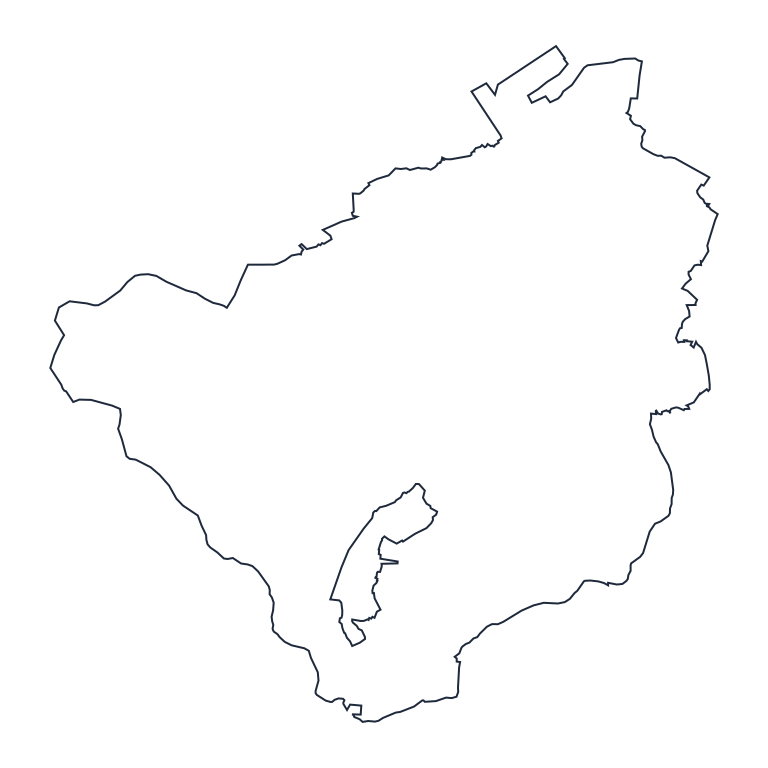 Tusnad, Harghita, Romania (Equal Earth projection)
{"feature_id": "2599482B98397413805718", "entity_name": "Tusnad", "entity_type": "district", "adm_level": 2, "iso_a3": "ROU", "parent_name": "Romania", "parent_adm1": "Harghita", "projection": "equal_earth", "projection_center": [25.878, 46.177], "detail": "fine", "context": "isolated", "style": "outline", "palette": "slate", "viewbox_px": 768, "rotation_deg": 0, "n_neighbors": 0, "source": "geoboundaries", "source_scale": "gbopen_adm2", "svg_char_len": 6082}
<svg xmlns="http://www.w3.org/2000/svg" viewBox="0 0 768 768"><path d="M456.5,696.7L458.2,692.0L458.0,687.8L459.1,667.5L460.1,662.0L456.7,661.6L456.7,658.5L454.7,656.8L459.3,653.3L461.6,647.5L462.4,646.6L465.8,644.0L469.4,642.6L473.4,638.5L477.3,637.1L479.9,633.6L486.9,626.7L492.0,624.1L497.9,624.2L503.3,621.8L521.6,610.6L533.5,605.4L543.8,602.8L557.9,603.5L564.8,602.1L569.8,598.9L574.6,593.0L577.3,590.8L584.0,581.2L584.9,580.8L590.2,580.5L598.2,581.4L603.9,583.0L608.1,585.3L608.1,582.8L616.7,584.5L620.1,584.2L622.5,583.9L626.4,580.9L627.8,579.0L628.4,575.0L630.6,570.9L630.6,565.2L631.1,563.4L640.2,556.8L643.1,553.0L649.7,531.6L655.0,523.7L660.5,521.5L668.5,515.8L669.9,513.2L670.0,508.5L671.6,504.1L671.7,497.9L672.9,494.6L673.2,490.0L670.9,472.4L668.4,465.0L660.7,451.5L657.8,444.3L656.1,442.3L653.6,436.7L652.0,429.9L649.9,424.2L651.2,418.7L651.0,413.6L656.1,414.1L655.8,410.9L656.3,410.6L658.1,413.6L660.8,414.4L661.7,414.2L662.0,411.9L666.5,410.3L667.4,411.2L668.7,411.1L670.4,413.3L669.7,411.1L671.3,408.8L675.9,407.4L678.2,407.7L683.8,410.2L684.5,409.0L689.2,408.9L688.3,406.5L686.6,405.4L693.8,402.4L699.8,393.6L700.1,394.2L706.8,389.2L708.3,391.0L709.7,389.3L709.7,384.8L708.8,375.6L706.9,364.6L705.0,355.1L701.5,347.8L697.2,344.1L696.0,341.8L693.7,347.5L690.6,345.0L692.2,341.7L686.7,341.2L686.9,340.4L684.9,340.2L683.8,340.3L684.2,341.9L680.7,341.8L678.2,342.5L676.0,338.0L679.1,329.6L680.1,328.2L681.7,328.0L682.0,323.9L682.8,321.7L685.2,319.1L689.6,316.5L689.1,311.0L686.7,305.1L695.6,305.0L695.5,303.2L697.1,299.8L687.7,290.9L682.0,288.5L685.7,283.6L690.9,279.2L688.6,274.5L688.6,271.8L690.7,271.0L694.5,265.4L697.8,264.7L701.1,265.1L700.8,261.1L702.2,261.6L708.4,251.2L707.3,245.6L715.1,220.2L717.7,214.1L710.6,209.3L709.3,207.3L706.9,206.2L706.9,205.5L708.6,205.0L709.2,204.0L706.1,203.8L704.7,202.9L703.2,199.5L700.2,197.3L697.4,193.2L697.1,190.7L701.3,184.6L703.7,185.6L709.4,177.4L674.9,158.2L670.3,157.3L664.5,157.7L661.2,155.7L657.6,155.8L653.3,154.1L643.0,148.3L641.7,146.8L641.2,143.8L642.4,140.2L642.1,136.7L645.0,131.1L644.9,130.0L643.3,129.3L640.2,126.1L636.0,125.2L633.4,123.7L630.1,119.2L630.9,115.8L626.5,113.0L627.9,111.9L629.2,108.4L630.8,98.4L637.2,98.5L639.6,75.3L641.9,61.4L638.3,60.5L635.2,58.5L624.5,58.9L618.9,59.9L613.1,62.2L587.5,65.3L584.0,67.8L572.0,84.9L563.2,91.5L561.2,95.3L558.2,98.5L550.1,102.3L545.6,96.3L531.8,102.8L528.0,95.6L537.9,89.3L547.2,81.8L559.1,74.3L567.7,63.9L563.9,58.9L564.8,58.2L564.5,57.8L556.0,46.1L497.9,84.6L495.0,94.8L486.3,83.3L471.5,91.5L500.6,135.5L501.6,138.4L497.9,140.9L498.7,142.7L494.7,145.1L494.3,146.5L493.6,146.6L492.5,145.7L490.8,146.1L487.6,144.0L486.2,146.4L484.8,147.3L482.0,145.0L480.3,146.9L475.9,148.1L474.1,150.3L474.4,151.5L473.0,151.6L471.3,153.0L471.4,154.8L469.9,155.9L450.8,159.3L445.8,159.2L442.2,157.5L442.0,158.3L443.2,159.8L441.7,159.7L441.1,161.8L440.1,162.1L440.2,162.9L437.5,163.6L437.1,165.0L434.9,167.2L430.7,169.7L426.7,168.4L421.0,168.5L418.4,167.7L409.9,170.0L406.4,168.3L400.9,169.0L395.5,168.4L388.7,175.4L377.2,178.9L368.4,183.1L369.4,185.2L364.5,189.0L363.8,190.4L360.4,193.3L359.1,193.8L352.8,193.5L353.7,210.2L353.6,211.8L351.9,212.8L352.8,215.8L357.1,216.7L354.4,218.1L341.6,221.6L322.8,229.9L330.4,235.7L331.6,239.2L324.0,243.8L322.1,243.1L320.4,245.2L318.5,244.4L316.6,246.6L306.8,249.1L301.6,244.1L299.4,245.7L303.3,249.6L301.6,251.6L301.0,254.5L299.1,254.1L291.6,255.5L285.0,260.3L277.3,263.8L274.0,264.6L247.9,264.7L240.7,280.4L234.7,295.3L226.8,307.8L223.8,305.8L219.4,304.3L213.2,302.9L204.7,298.6L196.6,293.2L186.1,290.4L166.5,281.8L156.3,275.9L148.2,274.2L140.5,274.6L135.0,275.8L127.4,282.0L120.3,290.5L105.2,301.5L98.3,305.2L94.1,305.3L86.8,303.4L69.6,301.3L58.9,307.5L54.9,320.6L64.1,335.2L61.0,340.4L54.3,355.0L50.3,368.0L61.3,384.7L62.6,388.4L64.3,390.7L66.1,391.3L73.2,402.0L79.4,399.6L91.1,399.9L112.1,405.6L120.0,408.9L120.8,415.1L119.5,424.6L118.1,428.7L121.9,439.3L126.5,456.3L129.7,458.8L135.6,459.6L150.6,467.2L159.6,474.9L169.1,485.6L176.4,498.7L183.0,505.6L197.8,515.5L201.7,525.9L206.1,535.1L206.4,539.9L207.6,544.4L210.3,547.5L217.3,552.4L223.9,558.5L227.6,559.0L232.8,558.0L241.1,563.5L247.9,564.5L252.4,566.1L258.1,571.4L268.8,586.4L269.8,590.2L269.6,594.2L271.9,597.5L273.7,602.7L273.1,610.4L271.6,616.7L272.2,621.4L273.3,624.9L272.6,628.5L272.9,630.0L274.0,631.8L277.4,634.1L279.7,637.2L284.8,641.9L291.6,645.3L304.4,648.3L308.8,650.8L310.9,657.8L317.8,672.3L318.5,680.6L315.6,691.0L315.6,693.1L316.8,694.9L325.7,700.6L330.7,702.0L332.1,701.9L334.6,699.8L338.6,698.4L343.0,698.8L344.4,700.2L343.3,702.7L343.4,703.9L347.0,710.0L350.1,704.6L361.3,705.6L360.7,714.6L352.1,714.3L353.5,715.0L354.3,717.0L359.6,719.2L362.6,721.9L368.2,721.0L374.9,721.6L378.5,720.8L383.0,717.9L395.7,712.6L400.3,711.9L414.1,706.5L422.3,700.4L423.5,700.4L424.8,701.8L435.9,701.1L446.1,697.6L451.7,698.1L456.5,696.7ZM415.9,483.9L419.0,484.1L424.8,490.6L423.0,497.8L426.5,503.7L430.3,505.9L430.7,508.2L437.1,511.6L436.2,514.6L432.7,517.2L433.0,520.0L431.3,523.1L426.5,528.1L415.0,533.8L403.0,541.6L402.1,540.5L396.7,543.6L388.6,539.4L384.4,536.4L382.0,538.8L382.1,540.3L380.9,542.2L378.6,549.6L379.2,549.9L378.8,554.1L380.6,554.8L380.4,558.7L397.7,561.5L397.5,563.4L381.5,563.8L381.8,566.1L380.1,571.9L377.8,571.8L377.0,572.8L376.5,576.9L375.7,577.0L375.4,577.9L377.5,578.9L376.9,580.7L377.4,580.9L376.4,583.0L373.6,585.6L372.3,590.8L372.6,593.2L373.9,593.0L374.6,598.3L380.5,609.7L376.9,611.7L374.5,617.8L372.4,616.8L371.3,618.6L369.3,617.9L368.6,619.9L367.8,619.3L363.8,620.9L360.9,621.0L352.2,619.5L352.1,621.0L353.0,622.7L356.8,625.9L358.5,628.9L361.8,630.4L364.9,636.9L365.0,639.0L359.8,642.7L352.2,646.0L350.1,641.4L346.9,637.7L345.1,633.2L344.2,632.9L342.4,628.1L341.7,624.0L339.3,622.0L339.9,618.3L341.5,617.7L342.2,615.0L342.3,610.5L341.3,602.7L339.2,600.4L330.3,599.4L341.5,567.3L348.6,550.1L363.6,528.7L372.2,518.1L373.3,512.5L375.0,510.9L376.3,511.1L379.7,507.4L386.1,505.8L394.9,502.1L396.1,500.3L400.7,497.4L403.0,492.9L404.5,492.5L406.4,493.2L407.6,491.9L408.9,491.6L412.8,488.1L415.9,483.9Z" fill="none" stroke="#1e293b" stroke-width="2"/></svg>